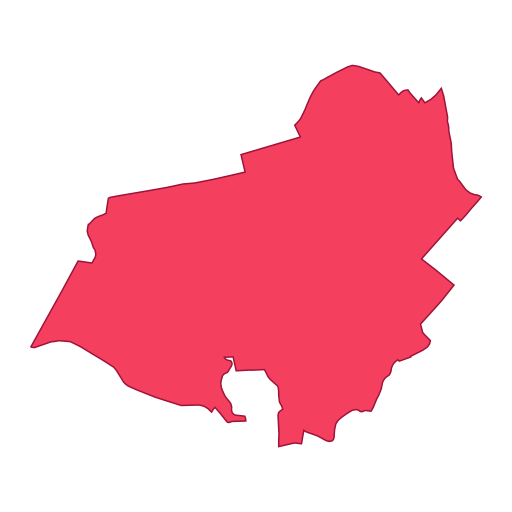 outline of Buduslau, Bihor, Romania
{"feature_id": "2599482B69448012965496", "entity_name": "Buduslau", "entity_type": "district", "adm_level": 2, "iso_a3": "ROU", "parent_name": "Romania", "parent_adm1": "Bihor", "projection": "mercator", "projection_center": [22.247, 47.394], "detail": "fine", "context": "isolated", "style": "filled", "palette": "rose", "viewbox_px": 512, "rotation_deg": 0, "n_neighbors": 0, "source": "geoboundaries", "source_scale": "gbopen_adm2", "svg_char_len": 3631}
<svg xmlns="http://www.w3.org/2000/svg" viewBox="0 0 512 512"><path d="M428.9,344.9L429.6,343.9L429.9,342.6L430.4,340.6L427.5,337.7L424.6,334.7L422.7,332.6L421.7,328.6L421.0,326.0L420.5,324.1L438.4,304.3L442.0,300.2L454.0,285.1L434.9,269.3L432.1,267.2L427.1,263.3L424.4,261.2L421.5,258.9L452.1,224.4L457.6,218.2L460.5,220.8L464.1,217.0L466.7,214.1L471.2,208.6L478.2,200.7L481.3,197.0L479.4,195.9L477.7,195.1L474.3,194.6L470.1,193.0L465.7,189.6L460.1,182.0L457.5,179.1L453.5,168.1L451.7,151.5L451.5,147.6L451.3,143.8L451.2,142.9L448.9,131.7L448.8,129.9L448.7,127.1L448.5,125.9L448.4,125.1L447.4,121.5L447.6,117.1L446.4,110.6L443.7,96.0L441.3,88.3L436.0,94.9L430.7,99.5L424.8,102.8L421.4,97.9L420.3,99.3L418.8,102.7L415.7,99.4L410.3,93.3L407.9,89.9L404.7,90.4L402.9,91.1L401.2,92.3L398.6,94.9L392.4,87.5L380.6,73.6L379.9,72.9L374.6,71.9L358.6,66.4L352.4,65.4L347.6,66.9L337.5,71.9L327.5,77.3L323.3,79.7L320.9,80.7L320.5,81.1L315.3,88.3L313.2,91.5L310.2,97.2L306.9,104.9L305.4,108.7L303.0,113.8L300.3,119.1L297.4,122.5L294.7,125.2L300.4,137.0L241.0,154.6L245.1,172.1L215.2,178.9L212.0,179.6L194.7,183.0L185.4,183.8L182.9,184.0L172.8,186.2L166.6,187.5L147.9,190.8L118.5,195.8L109.6,197.5L108.4,198.3L107.2,205.5L106.1,213.2L102.8,214.9L100.5,215.7L99.9,215.9L96.4,217.4L94.4,218.6L93.7,219.4L89.0,224.3L88.4,224.3L88.1,225.3L87.9,226.6L87.4,229.5L87.3,231.6L88.2,235.1L91.3,241.3L93.4,247.6L95.1,250.2L95.8,254.4L95.4,256.8L92.0,263.0L78.1,261.0L61.2,292.2L30.7,347.2L30.8,347.1L31.7,347.3L32.9,347.4L34.4,347.6L51.2,341.8L54.4,341.5L57.2,341.0L58.8,340.7L61.0,340.9L63.2,341.0L68.3,341.5L70.1,341.6L70.3,341.7L73.3,343.1L77.8,345.3L81.4,347.2L92.8,354.2L100.4,358.7L107.9,363.4L113.7,367.2L116.2,370.1L121.6,378.8L123.6,382.1L125.7,384.2L128.1,386.0L129.7,386.7L133.2,388.3L138.1,390.4L146.9,393.9L155.8,397.4L156.5,397.6L164.2,400.1L172.7,402.8L181.3,405.5L193.8,405.1L198.6,405.0L201.5,405.5L204.7,406.6L206.4,407.6L208.0,408.7L211.6,412.1L213.3,409.2L215.1,407.4L220.7,414.0L226.6,421.4L227.5,422.3L228.9,422.5L230.2,422.2L231.8,421.5L238.8,421.2L243.3,421.1L245.8,421.0L245.5,418.2L244.8,416.2L238.0,415.4L235.3,415.1L233.7,414.3L232.3,412.8L231.8,411.3L231.5,409.4L231.7,407.0L230.8,403.7L229.6,401.9L226.5,398.2L224.9,395.9L222.5,390.7L221.3,387.4L220.8,383.8L221.0,381.3L221.9,378.0L222.5,375.8L223.6,374.4L225.5,373.2L227.1,372.6L228.4,371.1L229.8,368.6L231.2,366.4L232.0,364.6L231.9,362.8L231.3,361.4L230.4,360.7L229.7,360.6L228.0,360.3L226.2,359.5L225.5,359.0L225.0,358.3L224.4,357.2L233.1,356.9L236.2,370.8L250.6,370.0L250.9,370.2L264.5,369.6L268.2,377.0L270.4,379.6L277.5,385.9L278.1,387.1L278.6,390.3L278.7,395.1L279.3,400.9L279.6,402.3L281.8,406.3L282.2,407.3L282.7,409.2L279.6,411.4L278.6,412.8L278.2,414.2L278.0,415.7L278.3,420.8L279.0,434.2L278.7,439.9L278.7,446.6L292.8,443.3L295.3,443.0L301.5,443.8L303.8,430.3L305.3,431.4L307.3,432.3L314.8,434.9L317.7,436.0L321.6,438.1L324.2,439.6L326.7,440.8L329.1,441.4L330.9,441.2L332.3,440.7L333.3,439.7L334.0,437.9L334.6,429.7L335.8,424.0L337.9,420.6L341.6,417.3L346.8,413.6L351.0,411.0L353.1,410.0L354.9,409.8L356.9,409.6L358.4,410.2L360.2,411.4L361.7,411.8L363.1,411.3L364.6,410.6L366.5,410.6L370.4,411.1L371.1,411.2L373.4,407.1L374.1,405.3L376.7,399.0L378.6,395.5L379.0,394.5L379.4,393.5L380.7,390.4L381.4,388.2L382.1,384.5L382.5,382.7L382.9,381.4L384.2,379.3L385.4,377.8L386.5,376.9L388.2,375.7L389.4,374.8L390.5,372.7L391.0,371.0L391.4,368.3L392.2,366.2L392.6,365.1L393.9,363.2L395.5,361.5L397.8,359.8L398.6,360.6L399.4,361.1L408.0,358.0L410.7,357.0L410.5,356.4L423.1,350.0L426.4,347.7L427.5,346.9L428.9,344.9Z" fill="#f43f5e" stroke="#9f1239" stroke-width="1.5"/></svg>